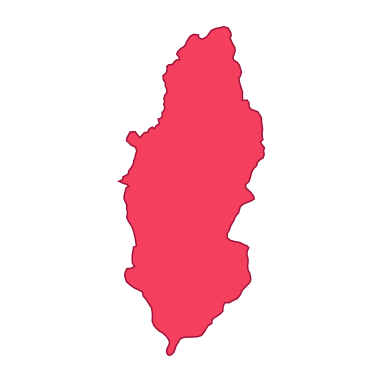 the district of Tapiraí, Minas Gerais, Brazil, rotated 257°
{"feature_id": "56859067B4680044850296", "entity_name": "Tapiraí", "entity_type": "district", "adm_level": 2, "iso_a3": "BRA", "parent_name": "Brazil", "parent_adm1": "Minas Gerais", "projection": "mercator", "projection_center": [-46.157, -19.874], "detail": "fine", "context": "isolated", "style": "filled", "palette": "rose", "viewbox_px": 384, "rotation_deg": 257, "n_neighbors": 0, "source": "geoboundaries", "source_scale": "gbopen_adm2", "svg_char_len": 3093}
<svg xmlns="http://www.w3.org/2000/svg" viewBox="0 0 384 384"><g transform="rotate(257 192 192)"><path d="M345.2,229.2L344.3,225.4L342.4,223.4L339.8,220.6L337.5,219.3L335.6,217.1L334.2,213.1L332.0,209.8L329.8,208.1L326.7,209.6L323.5,209.6L324.2,206.6L322.9,204.1L320.7,201.6L321.2,198.2L320.1,195.7L317.3,195.5L313.9,193.8L311.9,189.9L307.7,189.4L303.9,190.7L301.3,189.8L298.0,190.6L294.2,189.6L292.1,186.9L288.9,185.5L286.2,185.8L284.0,184.1L281.1,184.6L278.3,183.5L275.7,180.5L273.0,180.3L270.9,178.4L270.6,175.4L265.9,175.6L264.6,172.0L262.1,169.7L264.1,167.9L263.1,164.5L260.1,162.1L260.6,159.0L258.6,156.0L256.7,153.7L259.4,152.0L263.6,150.1L264.4,145.2L262.3,143.4L259.8,141.0L256.7,139.7L254.0,141.7L251.4,143.1L248.5,146.9L244.4,147.5L241.7,145.7L238.8,144.4L235.7,142.4L232.4,141.0L229.2,138.1L226.7,135.0L224.0,134.1L223.0,131.3L222.3,128.4L219.5,126.8L218.9,123.2L216.3,126.4L214.2,130.0L211.6,131.8L210.9,128.8L207.4,127.0L204.5,125.4L200.9,124.3L197.5,124.8L194.1,125.5L190.2,124.6L186.6,124.6L184.2,123.6L181.7,122.7L178.4,123.4L175.4,124.3L171.9,125.7L165.9,126.3L160.6,126.3L157.7,126.2L154.5,125.9L151.8,125.7L151.4,122.6L147.7,121.3L143.8,119.5L139.8,118.6L136.3,118.0L132.4,119.2L131.3,115.4L132.0,111.4L129.5,109.3L126.7,107.8L123.0,107.7L119.3,108.0L114.7,111.3L110.9,114.9L108.5,118.1L106.0,121.1L101.3,121.2L98.1,122.9L94.7,124.3L91.4,125.3L88.7,126.4L84.2,126.3L79.7,125.5L75.1,124.2L70.6,124.8L67.0,126.7L64.0,128.8L61.9,131.1L59.2,133.2L56.8,134.8L54.0,135.8L51.0,136.4L48.5,135.4L46.2,133.5L43.8,131.8L40.6,131.2L38.2,132.4L38.1,135.4L39.9,138.2L42.5,140.0L46.0,142.1L48.2,144.4L51.1,146.8L52.2,150.1L51.9,153.9L51.1,157.2L50.4,161.1L49.8,164.8L50.1,168.9L52.7,172.2L55.3,174.7L58.1,177.5L59.5,181.8L62.1,182.3L63.9,184.2L65.3,187.9L66.7,191.7L68.8,195.1L73.1,196.4L76.7,198.8L75.8,203.3L77.1,207.8L78.0,212.2L81.2,216.1L84.8,218.7L86.7,221.4L88.9,225.0L90.9,227.9L93.4,229.5L96.0,229.9L99.8,229.9L103.5,229.1L107.5,229.5L110.6,230.7L114.2,231.5L118.5,231.4L122.0,232.4L125.0,234.8L127.3,233.3L128.9,230.9L132.0,227.4L134.1,222.4L136.3,218.5L139.6,215.9L143.8,217.2L146.9,220.1L149.8,221.7L152.4,224.0L155.3,226.7L157.5,228.2L159.6,230.1L161.0,232.5L164.0,234.1L166.8,235.7L168.2,238.1L169.1,241.2L169.6,244.7L170.1,248.0L171.2,251.1L173.9,251.1L177.8,249.5L180.9,247.5L184.1,245.3L187.2,245.9L189.2,249.5L191.8,251.4L194.9,253.0L198.3,254.9L201.1,257.6L203.0,260.8L206.0,262.3L208.1,265.4L209.4,269.0L212.4,270.8L215.7,270.9L218.9,272.5L222.1,271.0L225.1,269.8L227.1,272.8L229.7,272.9L233.4,273.4L237.0,274.8L240.8,275.2L245.2,275.6L248.4,276.3L251.6,275.5L255.4,274.1L257.4,271.0L259.1,268.3L262.3,266.7L266.0,267.6L269.2,266.3L269.7,261.9L274.4,262.8L278.2,263.7L283.4,263.3L287.9,262.9L292.0,263.2L294.2,265.2L297.5,267.2L304.8,266.7L308.3,265.2L310.9,262.3L314.2,262.2L316.7,264.0L320.1,265.9L323.5,266.2L326.9,264.9L330.6,264.3L333.4,263.7L335.6,265.4L338.8,265.6L343.6,264.0L345.8,260.4L345.8,257.2L345.9,252.1L345.1,247.2L342.6,244.3L340.1,241.6L338.6,236.7L340.4,233.3L343.6,233.6L345.2,229.2Z" fill="#f43f5e" stroke="#9f1239" stroke-width="1.5"/></g></svg>